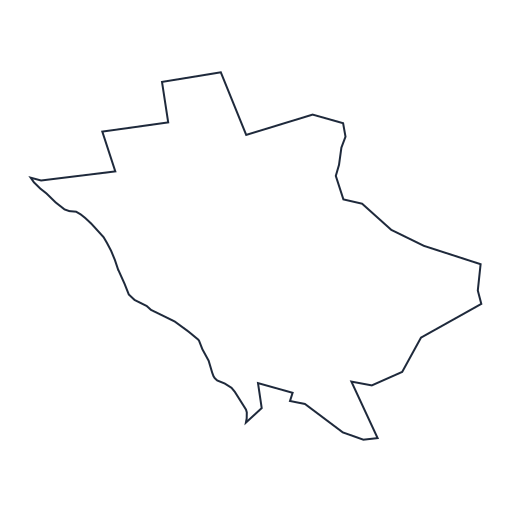 outline of Mercer, New Jersey, United States of America
{"feature_id": "52423323B46103575279257", "entity_name": "Mercer", "entity_type": "district", "adm_level": 2, "iso_a3": "USA", "parent_name": "United States of America", "parent_adm1": "New Jersey", "projection": "albers", "projection_center": [-74.749, 40.281], "detail": "fine", "context": "isolated", "style": "outline", "palette": "slate", "viewbox_px": 512, "rotation_deg": 0, "n_neighbors": 0, "source": "geoboundaries", "source_scale": "gbopen_adm2", "svg_char_len": 1000}
<svg xmlns="http://www.w3.org/2000/svg" viewBox="0 0 512 512"><path d="M30.7,177.7L33.9,182.3L40.3,188.6L46.4,193.4L55.6,202.4L64.5,209.4L69.3,211.1L76.1,211.7L80.7,214.4L85.1,217.9L91.5,223.9L103.6,237.2L107.0,243.0L111.1,250.8L114.9,260.0L118.2,269.9L118.3,269.9L124.6,283.9L128.8,294.5L134.6,300.0L146.7,306.0L151.0,309.9L174.7,321.5L188.5,331.6L198.1,339.5L199.0,340.6L202.4,349.3L208.3,360.1L208.6,360.6L212.2,372.7L213.5,376.2L214.7,378.1L217.0,380.3L217.3,380.5L224.7,383.5L231.5,387.8L234.8,391.8L246.0,409.6L246.8,412.4L246.7,418.3L245.9,422.6L261.7,408.1L258.0,383.1L292.6,392.8L290.0,401.0L305.0,404.0L342.8,432.4L363.4,439.7L377.6,438.1L351.4,381.6L371.8,385.4L402.2,371.9L421.0,337.6L481.3,303.9L477.8,290.5L480.6,264.2L424.0,245.9L391.3,229.9L362.1,203.7L343.4,199.4L335.8,175.9L339.0,164.9L341.4,147.6L345.5,136.7L343.1,123.2L312.6,114.6L246.2,134.9L220.8,72.3L162.0,81.9L168.2,122.4L102.3,131.6L115.3,171.4L41.1,180.5L30.7,177.7Z" fill="none" stroke="#1e293b" stroke-width="2"/></svg>